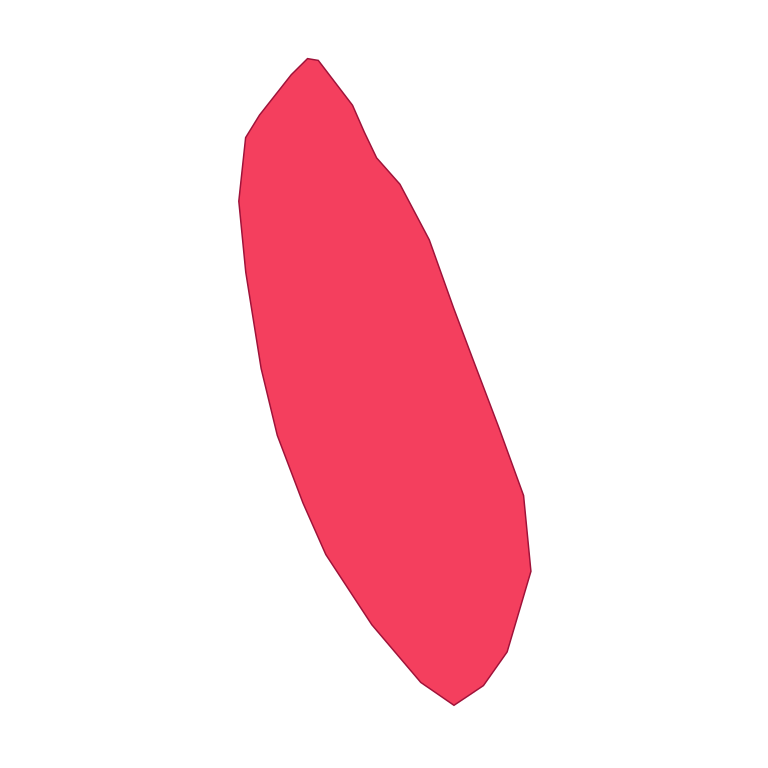 outline of Lakena, Tuvalu, rotated 221°
{"feature_id": "33948139B28516646403189", "entity_name": "Lakena", "entity_type": "district", "adm_level": 2, "iso_a3": "TUV", "parent_name": "Tuvalu", "parent_adm1": "", "projection": "equal_earth", "projection_center": [176.069, -5.648], "detail": "fine", "context": "isolated", "style": "filled", "palette": "rose", "viewbox_px": 768, "rotation_deg": 221, "n_neighbors": 0, "source": "geoboundaries", "source_scale": "gbopen_adm2", "svg_char_len": 495}
<svg xmlns="http://www.w3.org/2000/svg" viewBox="0 0 768 768"><g transform="rotate(221 384 384)"><path d="M120.4,187.4L111.1,221.6L115.3,262.6L150.2,339.0L205.5,391.4L269.2,426.7L333.0,460.9L381.5,487.1L444.4,522.5L503.0,545.2L537.9,549.8L564.2,561.2L590.6,573.7L645.9,585.1L655.2,579.4L656.9,556.6L654.4,505.4L650.1,479.2L613.5,426.7L561.7,377.7L486.9,315.1L430.8,275.2L367.0,241.0L316.0,217.1L235.2,194.3L160.4,182.9L120.4,187.4Z" fill="#f43f5e" stroke="#9f1239" stroke-width="1.5"/></g></svg>